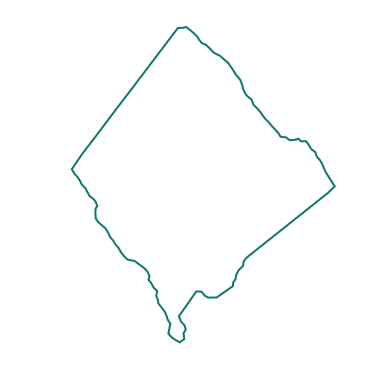 Itapitanga, Bahia, Brazil, rotated 127°
{"feature_id": "56859067B28252352486824", "entity_name": "Itapitanga", "entity_type": "district", "adm_level": 2, "iso_a3": "BRA", "parent_name": "Brazil", "parent_adm1": "Bahia", "projection": "natural_earth1", "projection_center": [-39.607, -14.466], "detail": "fine", "context": "isolated", "style": "outline", "palette": "teal", "viewbox_px": 384, "rotation_deg": 127, "n_neighbors": 0, "source": "geoboundaries", "source_scale": "gbopen_adm2", "svg_char_len": 1646}
<svg xmlns="http://www.w3.org/2000/svg" viewBox="0 0 384 384"><g transform="rotate(127 192 192)"><path d="M101.7,81.4L99.5,87.0L97.2,93.2L95.6,97.2L93.5,101.2L91.3,104.8L89.6,109.0L88.7,113.3L86.0,117.7L85.9,122.9L84.2,126.9L82.8,131.6L85.8,135.2L85.5,139.1L88.2,141.0L91.8,145.1L91.8,149.8L94.6,154.5L93.1,158.3L92.2,162.4L91.4,167.7L90.1,172.6L89.6,176.9L88.7,180.2L87.4,184.2L86.1,189.6L85.3,195.6L82.3,200.0L82.1,205.9L81.1,209.1L79.2,212.9L76.1,216.6L73.2,221.4L72.0,227.2L69.6,233.4L68.3,237.3L67.2,240.4L66.9,245.3L66.4,251.4L67.3,256.3L67.6,259.6L66.8,263.0L66.1,269.0L67.1,274.1L66.1,277.9L64.9,281.0L64.1,285.8L63.8,291.4L63.8,296.1L66.4,298.1L69.5,302.0L103.5,302.1L147.5,302.2L169.3,302.4L191.7,302.4L207.3,302.4L227.7,302.6L246.2,301.7L248.0,297.3L248.9,292.5L250.6,287.9L252.4,284.3L253.2,279.3L256.8,271.6L257.0,265.8L258.1,262.5L260.2,259.3L263.4,258.9L266.3,257.0L268.7,255.0L271.2,252.7L272.4,249.1L272.8,244.7L273.0,239.6L274.6,235.3L277.2,230.4L278.2,225.9L279.8,221.8L280.9,217.0L283.4,211.2L284.2,206.9L284.8,203.3L283.4,199.8L281.6,196.3L281.6,191.5L281.5,186.7L281.8,182.4L282.7,179.1L284.9,175.2L288.3,173.9L289.2,169.9L291.4,165.2L292.1,160.1L296.5,158.1L298.9,154.0L301.2,151.9L302.6,146.8L303.8,142.4L305.6,138.6L308.5,134.7L310.2,130.0L319.4,125.6L320.2,121.3L320.2,116.5L319.4,111.3L314.0,109.7L309.8,113.8L305.9,114.0L303.0,117.7L302.0,123.1L299.0,127.7L268.8,128.7L265.9,124.4L267.1,119.3L266.6,115.5L263.9,112.1L261.4,108.8L242.4,102.7L239.5,104.7L235.6,104.8L231.4,106.8L226.5,107.7L220.2,106.8L216.6,108.8L212.5,109.0L207.7,107.9L111.0,82.9L101.7,81.4Z" fill="none" stroke="#0f766e" stroke-width="2"/></g></svg>